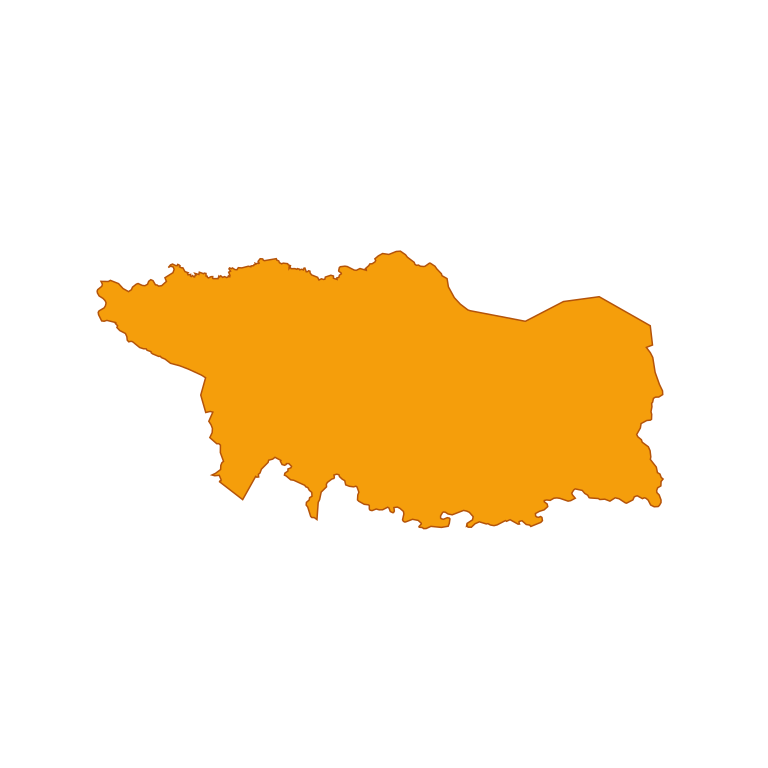 Me, Agnéby, Ivory Coast, rotated 111°
{"feature_id": "98640826B88194950838049", "entity_name": "Me", "entity_type": "district", "adm_level": 2, "iso_a3": "CIV", "parent_name": "Ivory Coast", "parent_adm1": "Agnéby", "projection": "natural_earth1", "projection_center": [-3.666, 5.937], "detail": "fine", "context": "isolated", "style": "filled", "palette": "amber", "viewbox_px": 768, "rotation_deg": 111, "n_neighbors": 0, "source": "geoboundaries", "source_scale": "gbopen_adm2", "svg_char_len": 6153}
<svg xmlns="http://www.w3.org/2000/svg" viewBox="0 0 768 768"><g transform="rotate(111 384 384)"><path d="M305.6,529.5L311.7,539.8L311.7,541.0L310.7,542.1L311.4,544.5L314.6,545.5L315.9,543.9L316.4,544.2L316.6,545.5L317.6,546.3L317.5,547.5L318.3,546.9L319.2,548.1L320.2,548.1L321.4,550.4L322.2,550.3L322.7,552.9L326.6,558.4L327.6,561.7L330.0,562.2L330.6,564.0L330.0,567.1L330.9,567.6L331.0,569.8L332.1,570.0L333.6,567.7L335.3,569.1L337.8,566.7L339.1,566.5L338.8,568.0L340.0,568.0L341.0,569.0L340.9,571.4L342.3,572.8L341.5,575.2L342.9,575.8L342.4,576.8L345.1,576.7L346.8,581.1L346.8,581.8L345.1,582.4L345.8,584.0L347.9,585.9L347.7,587.0L346.7,587.7L347.0,588.8L344.6,589.8L344.9,591.5L345.7,592.0L345.8,596.5L348.1,596.1L348.5,600.2L349.7,598.6L350.4,599.3L351.9,599.2L352.1,600.2L351.3,601.5L352.8,602.5L352.5,603.4L351.0,603.8L352.3,606.1L351.2,607.1L350.3,606.7L350.4,610.1L347.6,613.4L348.1,614.6L347.9,616.9L346.7,616.8L346.2,618.4L346.3,619.5L347.5,619.4L348.1,620.7L347.8,624.4L349.3,626.0L352.5,627.1L350.5,625.4L350.3,622.8L352.2,621.0L355.7,620.9L363.3,626.6L366.2,623.9L371.9,626.8L373.4,629.5L372.9,631.3L373.3,632.9L370.3,636.7L370.2,639.1L372.5,640.5L375.6,640.5L377.9,642.4L378.6,645.0L378.3,649.6L379.5,651.0L383.7,653.5L386.5,653.6L389.3,655.6L388.4,661.8L385.4,667.8L385.3,676.6L387.1,678.1L389.6,685.0L391.6,682.8L392.7,682.5L394.0,682.5L398.5,685.1L400.1,685.1L401.8,684.1L403.9,681.5L404.8,677.0L406.1,674.3L407.9,672.5L411.0,672.1L413.3,672.6L417.8,676.2L419.5,676.5L421.6,675.3L426.3,670.2L425.7,667.8L423.9,665.5L422.8,656.6L423.1,656.1L423.8,656.4L425.1,653.6L427.0,653.6L428.8,649.8L429.5,643.5L432.0,641.0L435.1,639.4L436.1,637.4L434.8,635.5L434.6,634.0L437.5,625.2L437.3,621.2L436.4,618.7L437.4,617.3L437.3,613.2L438.3,612.5L438.8,610.8L439.0,604.2L438.3,602.8L439.1,601.2L439.2,597.4L441.2,590.7L440.2,581.4L440.2,572.1L441.1,557.7L442.1,552.8L460.0,551.1L474.5,540.2L471.9,536.4L471.6,533.7L481.6,534.2L484.0,530.9L486.9,528.3L490.9,527.0L496.5,527.4L499.7,518.7L498.9,516.9L499.7,514.8L506.7,512.2L513.7,506.1L515.5,507.1L518.4,507.2L522.4,505.9L527.8,509.3L530.6,512.0L530.3,509.1L528.3,505.1L531.6,501.9L532.7,501.5L533.2,502.4L534.2,502.5L542.6,474.5L516.3,470.7L516.6,469.5L515.7,467.7L513.3,468.9L511.6,467.9L507.4,467.9L498.7,464.1L496.5,464.4L494.0,461.0L491.5,459.5L492.3,452.9L493.2,453.1L495.7,450.3L495.5,447.6L494.2,446.5L493.3,446.6L492.4,444.3L494.0,440.8L495.6,440.9L497.7,443.2L499.7,442.5L502.8,444.6L504.8,444.3L504.9,442.4L506.9,436.8L506.2,433.8L507.0,421.6L508.0,420.3L508.0,418.0L510.0,415.6L511.1,412.6L514.6,411.0L516.8,412.7L519.1,412.3L522.3,414.0L524.9,413.3L526.2,411.1L533.9,405.0L534.5,403.5L533.7,401.2L534.6,398.0L518.1,403.0L515.0,402.7L507.4,403.9L500.6,400.8L498.2,401.9L496.2,401.6L491.5,398.7L490.1,396.9L488.9,396.9L486.9,398.1L485.1,395.8L484.9,393.5L486.4,392.4L487.8,389.0L488.3,386.0L491.9,383.6L491.9,379.6L490.9,375.5L489.5,373.6L489.8,372.3L494.0,368.7L497.0,368.7L501.7,367.2L502.5,365.5L503.4,359.4L502.4,355.2L502.7,354.2L506.0,352.9L506.8,351.7L506.5,349.8L503.5,346.5L503.2,343.4L501.9,340.2L497.7,336.4L498.0,334.9L500.8,332.4L501.0,329.7L500.6,329.0L498.9,328.8L495.8,330.5L494.1,327.4L494.4,324.5L496.0,320.2L498.2,318.9L504.2,318.0L505.3,316.6L505.4,315.0L504.7,314.0L500.1,308.9L499.1,303.2L500.6,299.4L501.3,299.0L504.5,300.3L505.1,299.8L504.3,296.9L504.8,295.1L503.8,292.8L500.1,289.2L497.3,279.0L493.8,273.1L490.7,273.1L486.3,274.1L485.8,274.9L486.1,277.0L489.1,280.2L489.2,282.2L488.9,283.1L486.9,283.9L483.1,283.3L482.2,282.7L481.7,280.8L482.4,277.7L481.7,273.5L473.5,264.4L473.0,261.3L473.2,258.3L475.9,253.2L479.1,252.7L484.4,256.5L487.1,256.0L486.5,255.5L487.2,255.2L487.5,254.1L486.4,251.1L481.8,248.9L478.5,245.6L478.0,238.4L477.1,236.9L477.5,234.2L476.8,230.5L475.0,227.9L468.0,221.7L468.3,220.4L465.5,217.7L466.8,208.7L466.2,207.3L464.4,208.6L463.7,208.3L462.2,206.2L464.2,200.9L463.5,197.4L464.4,195.9L457.0,188.0L454.8,187.1L452.0,188.7L451.6,190.3L453.1,191.9L453.4,193.8L452.9,195.1L450.7,196.2L447.2,193.3L444.1,189.4L439.8,187.2L437.6,188.6L436.5,192.2L435.3,192.6L434.0,190.6L433.1,187.2L429.7,184.4L428.4,181.8L427.7,178.8L427.4,170.2L426.0,167.9L422.1,164.5L420.0,168.3L418.6,169.6L414.9,168.9L413.4,167.9L412.3,160.8L414.2,157.4L414.8,154.0L416.6,151.8L416.5,150.7L414.1,142.9L414.5,141.1L412.4,136.6L412.4,131.1L407.4,127.4L406.9,123.4L408.5,116.1L408.3,114.8L403.0,110.1L399.6,109.9L397.6,107.6L398.4,101.6L397.0,100.3L396.8,98.5L397.8,95.7L401.4,91.7L401.8,87.8L400.2,84.2L398.7,83.4L395.4,82.9L393.0,83.8L389.0,87.3L387.5,90.4L385.6,91.3L382.8,91.3L379.9,89.0L375.7,90.4L372.7,89.4L371.9,91.7L369.2,94.1L368.7,97.0L364.0,100.0L359.0,108.3L356.4,108.8L350.9,111.7L347.9,114.7L345.8,122.1L343.8,123.7L342.3,128.1L340.6,130.0L333.2,128.9L328.8,129.8L323.9,125.6L322.3,122.4L321.1,121.6L316.4,123.2L314.2,124.8L309.3,125.7L306.1,127.2L304.7,126.7L300.9,127.3L299.0,125.9L297.7,122.8L294.0,120.0L290.6,121.5L285.7,126.7L275.9,135.1L262.9,142.6L259.4,146.5L255.8,152.2L251.4,147.3L234.2,156.3L225.4,214.4L242.7,246.0L274.8,274.5L284.7,329.8L284.8,332.2L282.1,341.4L278.2,349.3L270.2,358.7L263.0,362.9L262.1,368.7L260.5,369.9L257.6,376.0L255.8,378.6L254.6,384.0L254.9,384.9L259.4,387.9L260.1,389.1L261.0,392.3L260.6,394.4L261.6,396.3L261.1,398.1L259.6,399.4L257.2,407.7L255.6,410.2L254.1,416.3L255.9,420.1L261.3,425.9L262.7,432.1L266.4,435.2L270.4,437.4L271.7,436.0L273.3,436.2L276.0,438.2L277.0,440.3L278.9,440.6L282.9,442.7L283.2,441.7L284.2,441.2L284.8,447.8L287.8,450.6L288.3,452.6L287.5,460.4L288.0,462.7L290.1,466.7L291.2,467.4L294.3,467.0L295.0,466.5L295.6,464.0L296.4,463.3L298.4,464.6L300.6,464.4L301.9,466.1L303.2,465.3L303.4,469.1L301.3,469.9L301.5,472.6L305.2,477.1L307.4,476.8L308.1,478.0L308.2,480.1L310.2,482.0L308.2,484.2L308.1,490.7L306.8,492.8L305.2,493.6L305.3,495.0L306.5,495.6L307.1,496.8L304.1,499.4L304.5,500.2L306.4,500.2L306.3,501.8L307.6,503.6L307.1,504.1L307.3,506.2L308.2,506.5L308.2,508.5L309.6,512.0L308.7,513.6L310.2,514.0L308.7,514.6L307.8,513.7L307.1,513.7L307.0,516.1L306.2,517.1L307.3,521.4L308.5,522.7L308.2,525.1L306.8,526.4L306.8,528.3L305.6,529.5Z" fill="#f59e0b" stroke="#b45309" stroke-width="1.5"/></g></svg>